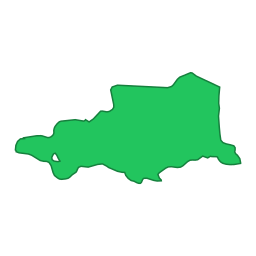 the border of Pyrénées-Orientales
{"feature_id": "FRA-5337", "entity_name": "Pyrénées-Orientales", "entity_type": "Metropolitan department", "adm_level": 1, "iso_a3": "FRA", "parent_name": "France", "parent_adm1": "", "projection": "robinson", "projection_center": [2.397, 42.62], "detail": "fine", "context": "isolated", "style": "filled", "palette": "green", "viewbox_px": 256, "rotation_deg": 0, "n_neighbors": 0, "source": "natural_earth", "source_scale": "10m", "svg_char_len": 1933}
<svg xmlns="http://www.w3.org/2000/svg" viewBox="0 0 256 256"><path d="M16.9,143.0L17.6,141.4L20.4,138.9L24.3,138.6L23.7,137.8L26.8,137.3L36.5,135.8L40.7,135.7L42.2,135.9L47.7,137.6L49.2,137.5L50.7,137.0L52.6,135.5L53.5,134.2L53.9,132.8L53.8,130.3L54.1,128.9L54.5,127.6L55.2,126.3L57.2,123.7L59.3,121.8L61.0,121.2L75.2,119.7L83.7,121.1L85.1,120.4L85.5,119.7L89.1,121.9L93.3,119.0L100.6,111.2L102.4,111.1L107.0,111.9L109.4,111.4L112.5,109.4L113.8,107.2L113.7,104.4L110.7,89.9L112.2,87.0L117.4,85.2L167.6,87.7L171.5,86.5L173.3,84.9L177.4,79.3L179.7,77.2L190.6,72.7L192.2,73.0L196.3,76.1L219.7,87.1L218.9,95.9L218.7,103.4L219.4,108.3L218.5,116.1L219.2,126.2L219.9,134.0L220.8,140.2L222.9,142.6L226.2,143.9L230.3,144.8L233.8,145.8L235.1,147.7L235.1,149.9L234.7,152.0L235.8,153.9L237.4,155.2L239.8,158.7L240.6,162.7L240.6,163.4L234.0,164.5L230.0,164.6L226.1,164.2L222.9,163.3L221.1,162.3L219.6,160.8L218.4,159.1L217.4,157.0L216.4,156.7L211.9,156.6L210.3,156.3L207.7,157.9L202.7,156.1L197.7,159.7L195.2,160.1L192.6,160.0L190.1,160.2L187.6,161.6L183.0,165.7L180.6,167.1L177.4,167.5L171.4,166.7L168.3,166.9L165.6,168.2L159.2,172.8L157.9,174.4L159.3,178.0L161.2,180.0L161.3,180.8L157.2,181.0L153.8,180.4L146.8,178.2L143.9,178.3L142.7,179.3L141.4,182.4L140.4,183.3L138.8,183.3L137.1,182.8L134.0,181.2L131.1,180.5L128.2,178.4L125.8,175.4L124.7,172.4L122.2,172.3L117.5,171.3L108.6,167.5L106.7,166.1L102.5,163.9L97.7,164.4L88.2,167.1L81.0,166.3L78.6,167.3L77.9,168.3L76.7,171.1L76.0,172.2L72.3,174.7L69.7,177.2L68.0,178.3L65.5,178.9L61.5,179.3L59.4,179.0L57.5,177.9L54.5,175.5L53.1,172.6L51.1,165.6L49.0,162.4L46.6,161.4L43.8,161.3L40.2,160.5L31.6,155.2L28.4,154.0L19.0,152.8L16.1,151.7L16.2,151.1L16.1,150.7L15.8,150.3L15.4,150.0L15.9,145.3L16.9,143.0ZM57.6,161.6L58.0,161.6L59.5,161.3L60.0,161.1L58.3,158.4L56.8,155.2L55.2,153.2L53.5,153.9L51.8,157.3L52.1,159.7L54.1,161.1L57.6,161.6Z" fill="#22c55e" stroke="#15803d" stroke-width="1.5"/></svg>